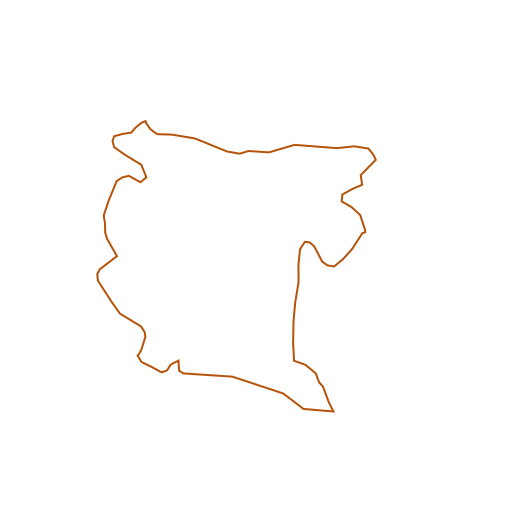 map outline of Montenegro (Equal Earth projection), rotated 331°
{"feature_id": "MNE", "entity_name": "Montenegro", "entity_type": "country or territory", "adm_level": 0, "iso_a3": "MNE", "parent_name": "Europe", "parent_adm1": "", "projection": "equal_earth", "projection_center": [19.258, 42.706], "detail": "fine", "context": "isolated", "style": "outline", "palette": "amber", "viewbox_px": 512, "rotation_deg": 331, "n_neighbors": 0, "source": "natural_earth", "source_scale": "50m", "svg_char_len": 1259}
<svg xmlns="http://www.w3.org/2000/svg" viewBox="0 0 512 512"><g transform="rotate(331 256 256)"><path d="M224.8,84.4L224.4,86.9L225.2,94.3L228.7,101.6L241.2,109.0L259.6,123.6L281.3,150.5L291.3,158.6L300.3,160.5L317.7,171.7L329.9,174.4L343.6,177.5L379.1,200.9L395.1,207.7L406.5,216.6L407.8,224.8L407.3,230.0L386.8,236.0L383.3,245.2L373.3,244.1L361.3,244.1L357.4,249.9L363.2,259.4L367.0,270.7L364.0,286.2L363.0,288.2L360.1,287.6L343.2,296.6L330.6,300.9L319.2,303.0L313.8,298.7L311.2,292.8L311.6,275.8L309.5,270.1L305.6,267.3L297.9,271.3L288.8,284.4L280.4,299.7L267.8,315.6L257.4,330.9L246.2,350.2L238.5,366.1L246.5,375.2L251.4,387.7L249.9,397.1L251.3,402.6L248.8,419.1L248.3,429.5L223.4,412.8L213.2,389.5L176.9,350.1L135.4,323.4L133.2,319.1L135.5,314.0L137.5,309.9L128.8,309.6L122.8,312.9L117.0,312.0L110.6,301.9L104.5,293.2L104.2,285.6L107.0,284.6L111.2,281.6L120.0,273.1L121.7,268.6L121.3,261.9L109.1,240.5L107.5,226.6L105.8,200.9L108.4,194.8L112.9,191.9L134.3,188.7L134.1,168.6L135.4,162.6L139.7,154.3L142.5,146.7L154.4,135.8L170.5,122.9L177.6,122.5L183.7,124.3L190.7,135.5L198.3,134.0L199.9,120.6L190.0,103.1L184.7,91.9L186.3,85.8L190.1,82.5L198.6,84.6L206.8,87.6L211.9,85.6L220.1,84.0L224.8,84.4Z" fill="none" stroke="#b45309" stroke-width="2"/></g></svg>